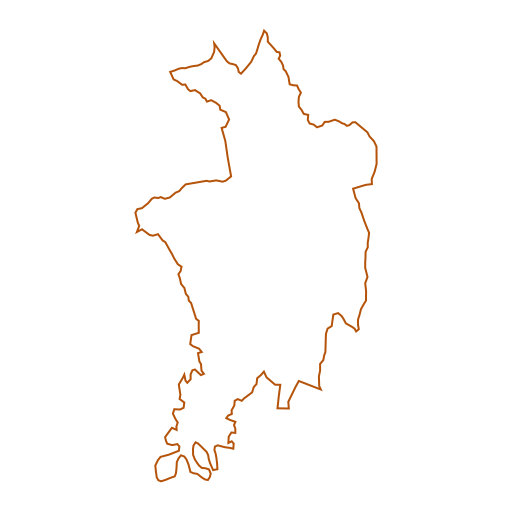 Catuípe, Rio Grande do Sul, Brazil
{"feature_id": "56859067B31230099072742", "entity_name": "Catuípe", "entity_type": "district", "adm_level": 2, "iso_a3": "BRA", "parent_name": "Brazil", "parent_adm1": "Rio Grande do Sul", "projection": "equal_earth", "projection_center": [-54.059, -28.176], "detail": "fine", "context": "isolated", "style": "outline", "palette": "amber", "viewbox_px": 512, "rotation_deg": 0, "n_neighbors": 0, "source": "geoboundaries", "source_scale": "gbopen_adm2", "svg_char_len": 4045}
<svg xmlns="http://www.w3.org/2000/svg" viewBox="0 0 512 512"><path d="M371.9,184.1L371.7,179.0L374.7,171.5L376.6,163.9L376.5,146.6L374.0,141.3L369.5,136.4L367.4,132.3L355.3,122.2L352.5,122.4L349.3,125.2L346.8,125.8L344.5,124.0L341.9,123.2L339.3,121.5L334.8,119.7L328.6,121.8L324.7,121.9L322.3,125.5L317.0,127.3L313.7,124.6L309.6,123.5L307.8,119.9L308.2,114.9L303.8,113.9L301.4,109.7L298.9,106.6L298.5,101.5L298.9,96.8L300.9,92.7L298.6,89.0L297.0,85.5L293.4,85.3L289.7,84.3L289.0,80.4L288.5,77.0L287.1,74.1L285.7,71.2L283.6,69.2L283.0,65.4L281.3,61.9L278.7,58.7L280.2,55.6L279.5,52.3L276.7,51.9L274.4,49.0L271.3,45.5L267.8,41.7L267.8,37.6L266.9,33.5L264.1,30.7L262.7,34.9L260.8,38.9L258.9,44.2L257.1,50.2L256.0,53.6L253.9,56.1L251.2,61.8L249.1,64.4L246.2,68.0L241.0,73.7L238.7,71.9L238.0,68.4L235.9,65.1L233.2,64.2L229.5,63.4L227.0,61.4L225.1,58.8L214.2,43.4L214.6,47.3L214.1,52.0L211.3,58.3L208.3,60.9L204.0,62.2L201.3,64.1L197.6,65.6L193.9,66.0L189.8,66.8L185.4,68.2L181.5,68.1L178.5,68.8L174.9,70.4L170.2,71.9L173.6,79.4L177.2,81.1L182.2,84.8L185.3,84.5L188.1,89.3L190.4,91.1L195.1,90.1L197.7,91.9L200.0,93.2L202.8,97.4L205.4,98.7L206.9,101.6L211.2,100.2L216.0,102.8L219.6,105.7L220.3,109.7L225.9,112.1L229.1,119.5L225.6,126.8L221.6,127.9L225.3,140.9L227.7,157.5L231.1,176.4L225.9,180.6L222.7,181.7L216.2,180.4L209.4,181.5L206.6,180.8L185.6,184.4L181.6,188.3L179.3,191.1L175.5,192.7L169.8,197.5L164.8,198.8L160.8,197.1L158.2,198.0L154.3,197.5L151.8,198.8L148.1,203.2L141.9,208.2L137.4,209.1L135.4,212.7L137.8,222.7L139.2,225.9L136.9,232.0L142.0,229.3L149.5,234.9L152.8,235.7L158.0,234.2L161.0,238.3L162.8,240.6L165.3,242.1L169.3,249.4L172.0,254.0L174.1,258.3L177.9,264.3L181.5,266.7L180.6,271.1L178.4,274.2L179.9,278.4L181.1,284.0L184.4,288.0L185.8,293.8L188.3,296.8L188.8,300.6L191.1,303.0L196.1,318.8L198.8,320.9L198.7,325.4L198.8,332.8L191.5,335.1L190.2,344.1L193.2,346.3L199.1,348.7L201.7,352.0L198.0,353.1L199.4,361.5L201.0,364.1L201.5,370.7L203.9,373.8L200.9,375.1L194.9,369.5L192.4,370.3L190.6,374.4L190.6,379.3L187.3,382.8L185.5,380.6L184.3,374.7L182.9,377.7L178.8,384.5L180.4,394.8L179.6,399.0L184.3,402.5L183.6,407.8L180.0,409.5L174.3,409.2L172.9,413.6L175.4,418.9L177.7,422.5L176.4,426.5L176.6,429.9L171.9,427.8L165.1,437.1L165.9,440.6L167.2,443.7L172.2,445.1L177.3,444.1L179.4,446.5L178.8,450.8L168.8,454.7L160.5,456.9L157.9,460.2L155.3,465.6L155.9,471.2L156.7,477.2L158.3,480.2L161.1,481.3L165.5,479.9L169.8,478.1L174.7,476.4L175.9,473.4L176.3,470.1L176.6,466.8L176.8,462.2L178.4,458.6L181.0,455.3L184.3,456.5L186.6,459.7L188.6,464.8L190.4,471.9L193.4,473.2L197.3,473.9L201.7,477.4L205.1,479.5L207.9,480.0L209.8,477.1L210.7,473.6L209.0,469.4L205.6,468.3L201.8,467.9L199.1,465.6L196.9,462.6L194.9,459.5L193.1,454.9L193.0,449.1L193.5,445.5L195.6,442.3L198.2,443.6L203.4,448.7L206.7,452.0L208.2,455.3L208.7,458.8L210.1,463.3L213.1,470.1L217.4,469.2L217.1,463.7L216.4,457.8L215.6,453.6L214.4,450.0L214.9,446.6L217.8,445.3L220.5,446.1L225.3,447.3L229.5,447.8L233.3,448.7L233.7,443.6L231.7,441.3L228.4,443.0L228.7,436.7L231.4,432.5L235.3,432.9L235.3,428.6L234.0,425.0L235.4,421.8L230.4,420.1L226.3,418.2L228.1,415.6L231.8,414.0L231.6,410.3L234.3,405.5L234.7,400.8L237.8,399.1L241.7,400.8L244.3,398.2L249.7,394.2L252.1,392.4L253.8,387.0L256.5,384.1L257.2,378.2L260.9,375.1L263.9,371.6L266.5,377.3L275.1,384.7L280.3,384.8L278.8,396.0L277.5,408.3L288.8,408.5L288.3,401.8L295.6,386.8L298.8,381.0L320.8,389.5L319.2,386.0L318.9,376.4L320.1,370.7L320.1,363.9L323.3,360.1L324.2,355.3L325.4,352.0L325.8,337.7L326.0,333.6L327.6,328.6L331.7,326.1L333.3,314.6L338.1,313.1L341.7,316.1L343.6,319.1L345.9,323.4L352.1,326.9L354.6,328.7L356.1,331.4L358.8,329.2L358.0,324.9L358.0,319.7L359.7,314.2L361.0,309.1L364.1,303.6L366.0,300.6L366.0,297.2L366.1,291.3L365.2,283.2L367.5,277.0L365.2,267.8L365.2,262.5L365.5,257.5L365.6,251.8L367.8,247.2L367.7,243.2L368.5,237.9L369.1,232.9L367.4,228.9L364.2,220.8L361.5,212.7L359.3,207.9L359.0,203.4L355.6,198.1L353.1,188.7L362.5,185.8L366.2,184.8L371.9,184.1Z" fill="none" stroke="#b45309" stroke-width="2"/></svg>